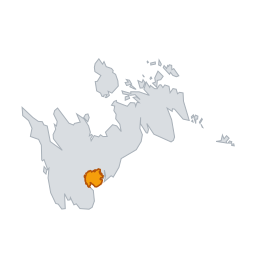 United Kingdom, with Lincolnshire highlighted, rotated 80°
{"feature_id": "GBR-2081", "entity_name": "Lincolnshire", "entity_type": "Administrative County", "adm_level": 1, "iso_a3": "GBR", "parent_name": "United Kingdom", "parent_adm1": "", "projection": "natural_earth1", "projection_center": [-0.294, 53.122], "detail": "fine", "context": "in_parent", "style": "filled", "palette": "amber", "viewbox_px": 256, "rotation_deg": 80, "n_neighbors": 0, "source": "natural_earth", "source_scale": "10m", "svg_char_len": 5677}
<svg xmlns="http://www.w3.org/2000/svg" viewBox="0 0 256 256"><g transform="rotate(80 128 128)"><path d="M138.6,196.6L125.6,203.3L121.5,202.9L116.6,199.4L111.5,199.9L113.6,198.1L109.2,196.6L101.4,198.8L98.1,197.2L96.1,193.9L113.0,185.3L115.6,181.2L114.2,179.9L113.9,174.0L105.2,176.1L111.5,169.6L119.1,166.5L125.6,165.8L129.0,167.4L128.0,164.9L129.5,164.3L131.7,166.6L134.2,166.5L129.6,162.6L131.7,158.4L129.9,156.3L132.1,154.1L132.7,150.0L128.2,150.9L122.1,142.6L124.0,138.7L130.4,135.3L122.8,135.4L116.8,138.5L112.4,137.3L108.5,138.9L104.1,137.3L102.7,140.3L99.4,137.1L98.9,134.6L100.7,134.6L106.5,124.9L103.4,121.2L104.5,116.9L108.0,116.7L104.3,114.6L105.0,112.6L98.8,117.6L98.7,114.3L102.1,111.1L96.4,115.2L96.2,119.9L93.5,127.0L90.4,127.5L94.5,119.2L92.8,119.0L94.3,110.8L99.6,101.3L92.7,105.6L85.8,102.1L91.8,99.5L89.9,98.6L93.9,94.9L94.4,92.5L91.1,89.7L91.1,88.1L94.3,86.6L92.0,84.3L94.1,80.4L100.6,80.4L97.0,76.9L98.2,73.8L102.9,73.3L101.8,71.1L103.0,67.7L111.3,68.7L131.2,66.4L128.8,72.2L117.5,78.9L116.8,80.9L119.3,81.6L115.2,86.0L127.4,83.6L145.0,83.7L148.0,85.4L149.2,88.0L138.6,103.6L126.8,108.7L133.0,108.1L136.3,109.6L136.0,110.8L125.9,115.0L119.7,113.7L130.5,116.4L137.1,115.0L143.6,117.4L150.8,123.6L156.9,140.0L165.2,143.8L173.8,151.1L172.1,152.9L176.8,160.8L171.1,158.3L165.3,158.6L170.8,159.2L179.2,166.0L180.4,169.3L175.8,174.2L179.3,176.1L183.5,173.0L194.1,173.8L199.9,177.1L201.2,180.5L199.0,189.3L193.7,192.1L194.3,194.6L186.5,196.8L188.7,197.6L188.6,199.8L181.6,201.9L196.5,203.8L196.3,207.3L190.9,209.9L189.7,212.3L178.3,215.4L163.3,215.4L153.8,212.8L155.0,214.3L144.5,216.2L145.5,218.0L144.4,218.5L129.8,216.3L123.7,218.0L119.4,225.6L111.6,222.6L103.5,224.6L97.5,229.5L89.3,228.7L101.1,219.9L105.9,215.2L106.9,211.3L110.3,210.3L112.0,207.2L127.9,206.9L138.6,196.6ZM86.0,152.4L76.6,152.2L76.7,150.2L71.6,145.6L66.7,150.8L62.5,150.6L58.9,149.2L54.8,144.7L60.7,142.0L58.4,140.1L63.8,138.8L66.5,133.9L68.9,132.6L70.6,133.5L73.0,130.9L79.9,129.8L85.0,130.3L90.8,137.8L88.4,141.2L92.7,140.7L94.3,143.8L94.1,144.9L91.4,142.9L91.5,146.1L93.0,146.3L92.2,148.2L88.9,148.9L86.0,152.4ZM85.9,71.5L84.0,74.7L80.6,76.5L82.4,77.8L74.6,82.8L72.8,81.6L76.1,79.6L73.3,78.1L74.4,77.3L72.9,76.4L73.9,74.1L78.2,74.7L77.5,72.6L85.4,68.9L85.9,71.5ZM86.1,87.4L86.2,90.9L92.9,92.6L88.1,96.0L87.6,93.0L83.4,93.0L77.2,88.6L83.2,84.4L86.1,87.4ZM155.6,30.2L158.5,33.7L160.0,33.2L156.5,43.6L156.6,38.5L151.3,36.2L155.4,35.3L152.7,32.3L155.6,30.2ZM90.8,109.1L83.0,110.0L85.6,106.3L83.0,104.8L86.2,103.4L91.1,106.3L90.8,109.1ZM111.0,164.4L114.9,166.6L110.0,169.8L107.3,167.4L107.2,165.0L111.0,164.4ZM85.4,116.8L85.9,122.0L82.7,122.9L82.8,119.7L80.0,121.2L81.2,118.3L85.4,116.8ZM131.3,57.9L131.0,59.6L135.4,60.5L129.6,61.2L127.0,59.4L128.5,57.1L131.3,57.9ZM100.2,125.9L96.9,125.3L96.4,121.8L99.1,121.3L100.2,125.9ZM159.1,216.8L156.3,218.8L151.5,217.3L155.3,215.2L159.1,216.8ZM87.7,119.0L86.2,117.5L91.4,113.3L90.3,115.4L87.7,119.0ZM70.9,84.1L72.5,85.1L71.2,86.9L66.4,85.6L70.9,84.1ZM69.9,94.6L68.0,94.4L67.7,89.7L69.8,89.9L69.9,94.6ZM160.2,32.0L158.4,30.3L159.5,28.2L160.9,28.8L160.2,32.0ZM136.0,56.3L134.7,56.7L131.4,53.7L132.5,53.3L136.0,56.3ZM129.6,63.5L128.0,63.7L126.4,61.4L128.1,61.4L129.6,63.5ZM164.0,26.5L163.2,28.9L161.9,28.6L162.0,26.6L164.0,26.5ZM140.3,54.7L136.9,55.5L140.6,54.2L140.3,54.7ZM83.9,97.5L82.9,97.7L81.7,96.5L83.3,95.9L83.9,97.5ZM133.5,62.9L132.3,64.2L131.5,63.0L133.5,62.9ZM80.0,103.8L78.0,104.4L80.7,103.0L80.0,103.8ZM67.3,97.4L66.1,97.7L65.5,97.3L66.8,96.4L67.3,97.4Z" fill="#d9dde1" stroke="#a8b0b8" stroke-width="1"/><path d="M175.4,162.4L176.5,163.1L176.8,163.2L177.1,163.2L177.4,163.3L177.6,163.5L177.7,163.9L177.7,164.0L177.8,164.1L178.0,164.2L178.4,164.4L178.3,164.5L178.5,164.7L178.8,164.9L178.9,165.2L179.0,165.5L180.2,168.1L180.4,168.8L180.4,169.6L180.1,170.6L180.0,170.8L179.9,170.8L179.6,170.9L179.3,171.0L178.0,172.0L177.7,172.1L176.4,173.6L176.0,173.8L175.7,173.9L175.5,174.1L175.3,174.3L175.3,174.6L175.7,174.6L176.5,174.5L177.1,174.8L177.3,174.9L177.7,175.0L178.5,176.0L178.8,176.3L179.1,176.2L179.3,176.1L179.1,176.7L179.3,176.9L179.3,177.1L178.1,177.7L177.7,177.7L177.4,177.7L176.6,178.0L176.0,178.0L175.9,178.1L176.0,178.7L175.9,179.0L175.6,179.1L175.1,179.2L174.4,179.0L174.4,178.9L173.9,179.1L173.6,179.1L173.1,179.3L172.7,179.2L172.4,179.3L172.2,179.0L171.2,179.2L170.4,178.8L169.1,179.4L168.6,179.4L168.2,179.2L167.8,179.4L167.5,179.2L168.4,178.9L168.9,178.6L168.9,178.4L167.4,178.0L167.3,177.7L166.7,177.4L166.4,177.4L166.1,177.3L165.4,177.3L165.4,177.2L165.2,176.8L165.0,176.1L164.8,175.9L164.6,175.3L164.3,175.0L163.9,174.9L163.9,174.7L163.7,174.4L164.0,173.8L164.0,173.6L163.7,173.5L163.7,173.1L163.4,172.7L163.5,172.3L163.8,172.0L164.1,171.7L164.9,171.5L164.8,171.1L164.5,170.8L164.6,170.6L164.5,170.3L164.6,170.2L164.5,169.7L164.6,169.3L164.1,169.3L164.0,169.1L164.2,168.7L164.6,168.7L164.8,168.5L165.2,168.5L165.3,168.2L165.6,167.9L165.3,168.0L165.0,167.8L164.6,167.8L164.3,168.0L163.6,167.9L163.7,167.1L164.0,166.4L164.0,166.2L163.8,165.5L163.7,165.4L163.5,165.2L163.6,164.9L163.6,164.7L163.4,164.4L163.2,164.2L163.3,163.8L163.7,163.4L164.0,163.1L164.1,162.6L166.0,162.8L166.1,163.1L165.9,163.5L166.0,163.7L166.1,163.8L166.7,163.8L167.6,163.6L168.2,163.4L168.1,163.1L168.3,162.8L169.2,162.7L169.4,162.5L169.3,162.4L169.2,162.3L168.0,162.2L168.9,161.6L169.9,161.8L170.2,161.8L170.8,161.3L170.8,160.9L171.6,161.1L172.0,161.6L172.6,161.6L172.6,161.8L172.2,162.2L172.4,162.8L172.3,163.3L172.7,163.5L172.8,163.7L173.0,163.8L173.1,164.0L173.4,164.3L173.6,164.2L174.0,164.0L173.8,163.7L173.7,163.6L174.3,162.7L174.5,162.6L174.8,162.6L175.1,162.5L175.3,162.4L175.4,162.4Z" fill="#f59e0b" stroke="#b45309" stroke-width="1.5"/></g></svg>